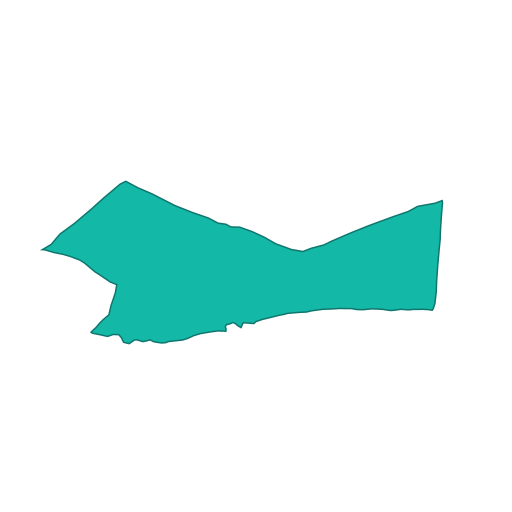 Whojah, Maryland, Liberia (orthographic projection), rotated 246°
{"feature_id": "62588387B36010153941862", "entity_name": "Whojah", "entity_type": "district", "adm_level": 2, "iso_a3": "LBR", "parent_name": "Liberia", "parent_adm1": "Maryland", "projection": "orthographic", "projection_center": [-8.023, 4.944], "detail": "fine", "context": "isolated", "style": "filled", "palette": "teal", "viewbox_px": 512, "rotation_deg": 246, "n_neighbors": 0, "source": "geoboundaries", "source_scale": "gbopen_adm2", "svg_char_len": 2140}
<svg xmlns="http://www.w3.org/2000/svg" viewBox="0 0 512 512"><g transform="rotate(246 256 256)"><path d="M230.9,448.6L231.4,441.0L235.6,423.9L234.7,413.2L236.1,397.8L237.9,370.5L238.4,356.5L238.6,349.9L238.8,330.8L238.5,322.4L240.6,309.5L241.0,300.7L247.6,290.9L259.1,279.0L269.5,271.4L279.6,262.6L289.0,252.8L292.8,244.8L297.2,241.5L300.3,236.6L301.4,234.8L304.6,232.2L310.1,227.9L321.2,216.0L335.1,202.4L355.0,186.3L366.4,175.8L375.8,168.5L377.2,167.4L377.1,165.1L376.9,161.1L371.4,141.9L367.9,131.0L365.8,124.7L359.6,103.4L355.8,85.9L349.9,73.6L348.7,63.4L347.6,65.5L341.4,72.8L335.7,80.8L331.6,85.6L324.3,93.1L319.9,96.1L319.5,96.4L307.1,102.4L301.1,106.4L298.4,108.0L291.5,112.3L286.5,117.2L279.4,112.4L269.8,103.5L262.1,97.7L259.9,90.2L258.2,85.8L256.0,81.4L253.5,74.3L252.0,75.2L250.5,77.3L249.5,78.7L247.3,81.8L242.9,87.7L242.4,93.6L239.9,98.7L236.1,99.8L231.0,100.0L228.8,102.8L228.4,103.3L227.5,104.6L228.0,107.1L228.7,110.6L228.1,112.7L225.8,115.5L223.8,117.8L223.1,120.7L222.7,123.5L222.5,125.1L219.3,127.7L218.0,129.6L217.2,130.8L214.9,134.5L213.6,138.1L213.4,141.5L210.9,149.2L209.1,154.9L208.5,159.9L208.5,161.7L208.6,166.7L207.6,174.2L207.1,176.0L205.5,182.4L202.9,191.3L201.8,193.2L200.3,196.5L199.5,197.8L201.3,198.9L203.9,199.2L205.3,201.0L204.9,202.9L204.6,204.5L204.7,207.8L202.2,210.0L200.3,210.7L197.6,212.5L196.7,213.2L198.9,215.6L200.1,216.9L199.0,219.6L196.9,223.4L195.2,226.5L196.1,229.5L195.8,232.6L195.5,236.1L194.4,241.7L192.5,252.7L191.5,257.0L191.3,257.7L190.7,261.8L186.7,273.2L185.3,276.7L184.3,279.3L183.3,284.5L180.1,295.5L176.6,304.2L173.9,311.5L172.2,315.0L170.9,317.8L170.6,318.6L169.0,322.0L166.3,326.0L165.3,327.9L165.1,328.4L164.7,329.2L163.5,331.7L162.4,335.0L160.8,339.8L158.0,345.7L156.9,347.7L155.6,350.3L152.6,354.9L151.3,357.1L151.1,357.7L149.9,361.4L148.3,366.9L145.7,371.6L144.1,375.1L143.5,377.4L141.3,382.3L141.0,383.1L139.4,386.9L136.6,392.2L135.7,393.5L134.8,395.0L135.7,396.4L139.7,400.0L149.8,406.0L155.3,408.7L158.8,410.4L172.4,417.6L186.1,425.2L196.8,431.3L201.7,433.6L207.8,436.7L220.4,443.4L228.9,448.1L230.9,448.6Z" fill="#14b8a6" stroke="#0f766e" stroke-width="1.5"/></g></svg>